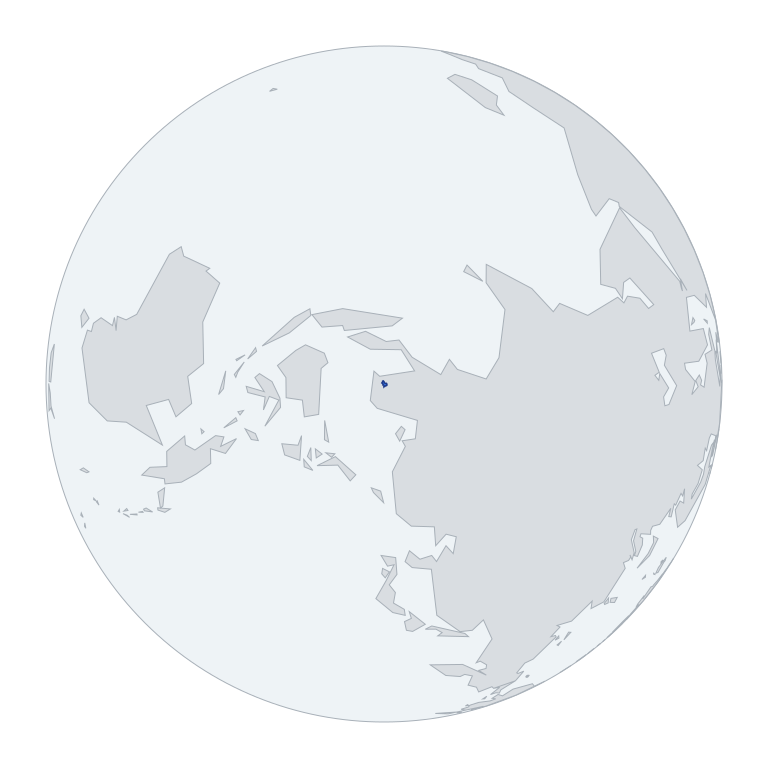 Prey Vêng on an orthographic globe, rotated 135°
{"feature_id": "KHM-1790", "entity_name": "Prey Vêng", "entity_type": "Province", "adm_level": 1, "iso_a3": "KHM", "parent_name": "Cambodia", "parent_adm1": "", "projection": "orthographic", "projection_center": [105.494, 11.354], "detail": "fine", "context": "on_globe", "style": "filled", "palette": "blue", "viewbox_px": 768, "rotation_deg": 135, "n_neighbors": 0, "source": "natural_earth", "source_scale": "10m", "svg_char_len": 10010}
<svg xmlns="http://www.w3.org/2000/svg" viewBox="0 0 768 768"><g transform="rotate(135 384 384)"><circle cx="384" cy="384" r="338" fill="#eef3f6" stroke="#a8b0b8"/><path d="M696.9,492.8L696.4,495.1L696.1,495.4L696.9,492.8ZM540.4,84.5L540.9,84.9L553.0,92.0L541.6,85.8L571.9,105.4L580.7,114.8L563.9,100.1L557.0,95.8L559.5,99.5L552.9,96.0L550.3,96.1L542.2,91.9L533.1,84.9L527.6,82.4L529.8,85.3L522.9,83.8L520.7,79.7L508.5,77.0L491.0,67.1L491.4,63.7L480.3,60.1L510.9,70.8L540.4,84.5ZM563.1,98.6L560.9,96.7L565.3,99.9L563.1,98.6ZM551.4,96.9L554.1,98.8L551.6,98.2L551.4,96.9ZM536.9,91.5L532.1,90.5L535.4,90.2L536.9,91.5ZM528.3,89.1L516.7,87.7L521.7,91.3L500.9,81.2L517.6,85.1L521.0,83.9L523.1,86.5L528.3,89.1ZM491.2,76.3L487.1,75.3L489.7,75.1L491.2,76.3ZM463.8,55.6L456.1,53.9L454.5,53.6L450.9,52.8L463.8,55.6ZM440.0,50.7L443.0,51.3L435.7,50.1L433.5,49.7L440.0,50.7ZM431.1,49.4L430.6,49.3L428.4,49.0L428.2,49.0L431.1,49.4ZM432.1,49.7L444.2,51.6L444.6,51.8L432.1,49.7ZM410.4,47.1L410.6,47.1L410.3,47.1L410.4,47.1ZM424.7,48.7L428.9,49.2L429.2,49.3L424.7,48.7ZM410.7,47.2L408.4,47.0L411.6,47.2L410.7,47.2ZM416.9,47.8L416.3,47.9L414.1,47.4L418.7,48.0L416.9,47.8ZM424.3,48.7L425.8,48.9L422.5,48.5L424.3,48.7ZM399.8,46.9L396.3,46.3L403.4,46.6L405.8,47.0L399.8,46.9ZM117.1,176.8L116.8,177.5L114.6,181.0L104.3,194.8L92.7,220.6L101.7,210.2L101.9,227.3L108.9,231.4L130.3,205.1L119.0,197.4L127.6,182.9L145.3,177.5L156.8,186.2L160.5,181.0L162.2,165.7L173.9,158.8L163.8,159.9L161.1,166.0L154.7,167.4L156.8,162.0L160.8,159.5L159.9,155.4L140.8,170.2L136.0,178.0L128.1,176.2L119.4,189.4L114.1,193.9L126.7,173.4L132.4,167.0L148.3,144.8L141.6,151.1L126.1,172.9L126.9,170.3L117.7,180.6L125.3,170.8L144.0,146.9L143.1,147.1L174.5,118.9L184.7,111.6L184.8,112.5L201.8,101.4L204.2,100.8L193.4,107.2L186.0,112.8L187.9,117.3L192.1,115.8L203.0,108.7L202.2,111.5L212.5,104.1L219.9,104.8L219.6,98.3L232.4,91.5L243.9,88.3L248.1,85.3L229.4,90.7L222.0,94.2L215.7,98.7L195.6,109.2L192.1,109.7L213.0,95.6L210.5,95.3L227.9,85.9L267.7,74.5L277.7,75.1L267.1,89.0L257.4,91.9L256.3,87.9L245.5,97.4L252.0,93.7L251.3,96.6L263.4,92.1L263.5,94.0L274.9,87.0L276.4,88.9L269.1,93.3L288.2,89.8L294.7,93.5L299.0,91.9L301.8,89.2L308.2,96.4L311.0,95.0L310.1,92.0L315.2,87.5L326.7,82.9L328.3,85.6L324.3,87.6L318.4,96.7L307.7,102.7L309.5,103.5L319.2,99.0L326.4,87.8L332.9,84.3L330.9,89.2L332.1,87.1L335.8,86.3L341.0,88.4L343.8,83.1L382.6,74.5L396.4,78.8L390.3,83.3L419.0,83.7L432.4,90.9L431.4,87.7L444.6,87.3L440.6,84.9L441.1,83.5L473.0,84.0L481.8,87.1L494.4,85.9L494.0,84.6L488.2,82.1L500.9,81.2L521.7,91.3L521.7,93.6L534.8,99.3L533.0,104.2L537.5,111.6L527.9,115.1L532.3,121.6L537.0,123.3L546.4,134.2L549.9,152.7L526.7,130.1L517.5,105.8L519.5,114.5L513.0,110.7L510.0,112.9L511.9,119.9L515.9,121.7L487.9,127.3L480.5,146.9L495.7,147.4L505.3,155.1L510.2,183.1L481.5,219.5L493.9,234.3L494.7,243.5L483.9,248.1L482.5,234.7L471.5,229.0L472.4,221.3L454.5,225.8L455.0,215.1L440.9,224.9L446.3,233.9L461.8,233.1L449.4,247.4L465.2,264.2L467.0,283.6L440.2,316.0L413.0,324.8L411.3,331.0L400.6,323.1L386.1,334.6L406.0,371.6L405.4,382.0L382.0,400.2L381.6,392.5L353.1,371.6L347.6,396.1L369.1,418.3L376.5,443.0L359.8,434.3L352.4,412.5L342.3,404.5L345.2,383.0L337.2,350.5L320.3,355.2L321.8,342.4L308.2,315.3L284.1,321.3L245.8,351.1L240.2,383.4L227.1,396.3L212.0,347.0L213.2,315.4L202.8,316.8L191.4,288.4L157.4,280.1L157.0,271.7L149.7,273.9L142.4,263.7L143.5,250.3L137.1,249.4L135.2,285.1L142.7,286.4L155.1,275.7L152.7,288.0L160.3,301.2L136.0,326.5L92.8,342.0L96.1,317.5L102.3,247.4L106.3,240.9L106.6,240.1L107.2,238.7L100.0,248.9L103.6,235.9L92.2,282.4L87.0,301.9L92.1,343.2L89.8,346.4L93.7,355.8L115.3,352.9L113.8,360.8L99.0,395.0L75.6,437.7L83.1,473.5L88.8,502.5L83.9,516.8L94.1,540.1L93.0,545.4L99.4,558.2L104.1,569.6L108.2,578.9L106.6,577.0L93.7,557.0L82.3,536.2L72.3,514.5L63.9,492.3L57.1,469.5L51.9,446.3L48.3,422.7L46.4,399.0L46.2,375.2L47.7,351.4L50.8,327.8L55.6,304.5L62.0,281.6L70.0,259.2L79.5,237.4L90.6,216.3L103.1,196.1L117.1,176.8ZM161.2,211.2L173.1,216.6L181.1,197.7L186.3,198.6L187.1,192.3L181.6,196.4L185.5,179.9L195.4,177.2L200.8,170.0L197.0,168.0L178.2,175.9L172.5,199.0L164.1,204.8L161.2,211.2ZM217.0,90.2L215.7,91.0L217.0,90.2ZM212.4,92.9L211.7,93.3L208.7,95.1L212.4,92.9ZM196.0,103.2L185.3,110.7L179.0,115.4L196.0,103.2ZM379.2,46.1L374.5,46.3L377.5,46.3L372.5,47.0L359.5,47.8L363.8,47.9L360.3,49.0L349.5,50.4L353.0,49.1L338.7,51.8L337.1,51.0L335.5,51.3L330.1,51.6L320.9,52.8L321.7,52.4L317.8,53.2L314.1,53.7L309.0,54.8L308.6,54.6L302.3,56.1L303.8,55.7L328.7,50.6L353.9,47.4L379.2,46.1ZM399.7,46.4L399.8,46.5L395.5,46.3L396.3,46.5L391.2,46.3L398.0,47.0L382.8,47.2L374.5,47.1L386.6,46.1L385.3,46.1L399.7,46.4ZM118.5,176.8L118.0,178.3L118.6,179.0L112.8,186.0L118.5,176.8ZM130.9,160.4L131.3,160.2L123.4,169.5L124.0,168.4L130.9,160.4ZM138.3,152.8L132.0,159.5L135.7,155.3L138.3,152.8ZM194.6,107.1L195.9,107.0L193.4,108.8L189.6,111.0L194.6,107.1ZM306.9,61.9L310.2,60.3L312.2,60.1L323.5,57.0L325.6,58.0L319.6,60.2L306.9,61.9ZM124.6,208.5L118.6,212.5L119.3,209.2L121.2,208.4L124.6,208.5ZM112.4,198.4L112.0,204.0L110.8,200.2L112.4,198.4ZM311.1,62.4L315.5,60.9L313.8,62.4L311.1,62.4ZM327.8,58.6L326.9,60.0L327.2,57.8L327.8,58.6ZM251.0,667.9L258.0,671.9L253.4,671.4L251.0,667.9ZM116.9,507.8L123.0,555.3L114.9,552.8L106.9,537.1L100.1,507.4L107.3,501.8L109.1,489.2L116.9,507.8ZM461.6,502.8L471.7,504.6L471.3,506.1L461.6,502.8ZM451.1,497.2L462.7,498.1L449.1,500.5L451.1,497.2ZM467.2,498.4L479.0,495.8L484.1,493.5L483.1,496.6L467.2,498.4ZM443.3,497.0L400.3,494.6L383.2,489.6L387.3,484.2L414.8,487.1L443.3,497.0ZM385.9,484.0L359.9,466.5L324.4,417.5L337.1,419.3L374.2,449.9L371.9,454.6L387.6,468.1L385.9,484.0ZM448.8,457.9L446.3,472.4L422.6,470.1L411.8,467.2L404.4,448.0L408.6,438.7L417.4,439.5L451.7,408.7L463.6,417.1L453.1,430.3L462.9,443.5L448.8,457.9ZM241.5,386.7L248.2,407.1L241.2,409.4L241.5,386.7ZM465.5,386.7L451.7,400.2L464.2,382.0L465.5,386.7ZM472.9,369.3L473.8,376.5L468.1,369.4L472.9,369.3ZM411.0,340.7L401.7,341.8L401.4,336.8L413.3,332.5L411.0,340.7ZM468.2,300.3L468.2,314.7L466.4,319.6L462.1,310.6L468.2,300.3ZM335.3,74.8L317.1,77.3L305.5,81.2L301.1,86.0L299.5,80.9L317.5,74.9L335.3,74.8ZM376.5,73.9L380.3,70.7L383.9,72.1L383.5,73.1L376.5,73.9ZM375.1,71.9L370.0,68.2L375.5,66.5L378.5,69.7L375.1,71.9ZM339.8,63.4L334.3,63.8L335.8,62.5L339.8,63.4ZM618.2,621.1L618.9,622.7L609.3,631.8L597.3,641.4L588.8,645.4L618.2,621.1ZM543.2,648.9L546.1,639.1L557.6,637.7L550.1,646.6L543.2,648.9ZM626.3,613.7L635.0,603.9L641.5,592.4L636.6,602.6L639.7,602.0L620.7,621.5L626.3,613.7ZM509.6,608.1L444.0,627.5L430.3,624.5L435.2,616.0L425.4,589.0L430.0,589.7L428.8,571.5L468.3,556.0L497.1,526.0L517.4,528.2L533.8,506.2L554.3,507.9L547.2,525.4L567.3,536.9L583.9,497.5L593.2,539.2L605.8,553.6L605.8,579.3L572.1,623.0L555.6,631.8L553.8,628.0L546.5,632.4L537.2,630.9L534.7,617.3L527.5,621.7L535.7,611.2L524.7,620.5L521.0,611.7L509.6,608.1ZM654.7,530.5L656.9,531.4L659.4,538.2L655.9,537.3L654.7,530.5ZM691.0,502.4L691.2,505.6L689.2,506.9L691.0,502.4ZM696.1,495.4L693.8,497.4L696.9,492.8L696.1,495.4ZM670.2,505.0L671.1,507.5L670.0,508.5L670.2,505.0ZM669.4,504.2L671.2,499.9L670.6,504.2L669.4,504.2ZM659.8,482.5L661.5,480.3L662.1,481.9L659.8,482.5ZM486.6,505.2L500.8,494.2L508.4,493.5L486.6,505.2ZM657.9,478.1L654.0,477.9L654.5,475.6L657.9,478.1ZM658.4,472.8L658.2,469.6L660.2,476.9L658.4,472.8ZM651.2,466.0L655.8,471.5L650.6,466.8L651.2,466.0ZM648.3,467.0L644.8,464.6L645.1,463.6L648.3,467.0ZM606.3,472.3L619.7,490.9L608.4,490.6L595.9,479.1L585.3,490.0L561.7,488.2L567.4,481.4L564.4,471.0L539.6,466.6L534.6,459.8L543.6,455.4L526.9,449.7L545.2,447.0L552.5,461.0L562.7,450.3L580.1,453.1L596.6,457.8L609.5,468.2L606.3,472.3ZM544.9,477.5L548.0,477.6L545.2,481.7L544.9,477.5ZM638.1,457.1L643.1,463.8L642.5,465.5L639.9,464.5L638.1,457.1ZM612.5,465.7L626.6,454.1L629.8,454.3L620.4,467.4L612.5,465.7ZM623.4,446.7L629.7,448.2L633.0,454.7L631.6,456.5L623.4,446.7ZM507.7,463.9L506.9,467.7L502.1,464.6L507.7,463.9ZM513.9,461.8L528.3,466.3L512.6,465.0L513.9,461.8ZM469.7,447.0L473.9,456.3L487.6,450.9L477.2,458.9L486.3,474.2L483.1,479.8L474.1,463.2L470.7,479.9L464.7,479.4L461.5,464.9L467.6,447.6L473.7,440.6L498.1,438.4L469.7,447.0ZM513.9,450.6L510.0,439.9L512.9,432.9L517.1,438.6L513.9,450.6ZM498.5,414.0L488.1,401.5L478.8,405.8L497.5,389.5L504.4,404.1L498.5,414.0ZM489.4,387.0L480.7,390.8L489.6,381.3L489.4,387.0ZM478.4,386.7L477.3,378.2L484.2,379.6L478.4,386.7ZM494.0,387.5L495.4,373.2L499.0,381.8L494.0,387.5ZM474.0,359.3L489.1,373.6L469.7,367.0L468.1,339.7L476.4,339.4L474.0,359.3ZM515.4,254.6L513.0,247.4L520.2,246.1L519.8,251.4L515.4,254.6ZM541.5,238.0L521.3,243.5L504.7,249.1L510.3,252.7L507.3,264.8L498.5,253.0L509.5,240.2L522.3,238.3L523.4,228.5L532.2,222.4L529.0,210.3L532.6,205.4L539.4,216.2L541.5,238.0ZM527.1,205.2L524.7,184.9L538.7,188.8L542.3,194.0L537.5,201.5L530.4,198.9L527.1,205.2ZM528.2,181.4L521.3,179.1L503.2,150.4L502.9,145.6L524.1,167.9L518.7,167.1L520.6,173.9L528.2,181.4ZM488.8,76.8L487.2,75.4L490.9,76.9L488.8,76.8ZM438.6,82.3L440.0,80.6L444.2,81.9L438.6,82.3ZM446.1,77.1L440.3,76.6L445.8,75.9L446.1,77.1ZM427.5,76.3L437.7,75.9L428.9,78.0L427.5,76.3Z" fill="#d9dde1" stroke="#a8b0b8" stroke-width="1"/><path d="M385.9,382.3L385.7,382.5L385.4,382.7L385.2,382.8L385.1,383.0L385.0,383.4L384.9,383.5L384.9,384.2L384.9,384.5L385.0,384.5L384.9,384.6L384.7,384.7L384.7,384.9L384.7,385.0L384.7,385.4L384.8,385.4L384.8,385.5L384.7,385.5L384.6,385.9L384.6,386.0L384.7,386.3L384.2,386.4L383.9,386.4L383.7,386.4L383.4,386.4L383.2,386.6L383.0,387.0L382.9,387.0L382.7,386.8L382.3,386.7L382.3,386.1L382.3,385.8L382.4,385.5L382.5,385.2L382.8,384.8L382.8,384.7L382.7,384.1L382.7,383.8L382.8,383.7L382.7,383.5L382.3,383.1L382.0,382.9L381.9,382.9L381.8,382.7L381.9,382.4L381.9,382.2L382.0,381.9L382.1,381.7L382.5,381.4L382.7,381.2L382.8,381.1L383.0,381.0L383.5,381.1L383.7,381.4L383.7,381.5L383.8,381.5L384.1,381.6L384.8,381.7L385.2,381.7L385.3,381.8L385.5,381.9L385.5,382.0L385.9,382.0L386.0,382.0L385.9,382.1L385.9,382.3L385.9,382.3Z" fill="#3b82f6" stroke="#1e3a8a" stroke-width="1.5"/></g></svg>